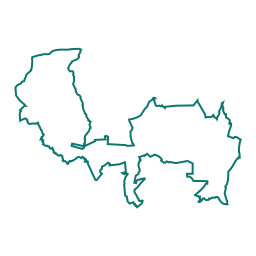 the district of Donato Guerra, México, Mexico
{"feature_id": "50627088B84805364121856", "entity_name": "Donato Guerra", "entity_type": "district", "adm_level": 2, "iso_a3": "MEX", "parent_name": "Mexico", "parent_adm1": "México", "projection": "albers", "projection_center": [-100.178, 19.319], "detail": "fine", "context": "isolated", "style": "outline", "palette": "teal", "viewbox_px": 256, "rotation_deg": 0, "n_neighbors": 0, "source": "geoboundaries", "source_scale": "gbopen_adm2", "svg_char_len": 5817}
<svg xmlns="http://www.w3.org/2000/svg" viewBox="0 0 256 256"><path d="M240.6,139.5L238.0,138.1L237.6,137.5L234.8,136.8L233.4,138.2L228.0,136.1L229.2,130.8L231.1,125.7L231.1,123.5L230.5,123.1L230.2,123.9L229.5,124.0L229.4,122.7L229.9,122.4L229.7,120.0L227.3,118.1L226.1,117.6L225.9,114.1L224.7,114.2L223.2,110.8L223.0,109.1L223.4,108.8L223.3,107.7L222.6,106.1L222.3,104.7L223.0,102.5L221.8,103.3L221.6,105.9L220.4,109.0L219.0,111.7L219.5,112.8L219.0,114.4L217.3,117.2L216.9,119.2L216.0,117.9L214.1,117.1L213.8,115.7L213.4,115.0L211.5,116.8L210.4,117.1L207.4,117.0L205.6,117.4L205.0,114.3L197.7,101.7L197.5,100.3L193.5,105.4L175.8,105.7L164.5,106.9L164.6,107.7L162.3,105.6L162.3,106.3L161.8,106.1L160.5,106.3L159.3,105.6L157.0,106.0L155.7,105.5L154.9,102.3L154.0,100.6L154.2,100.4L153.6,99.4L153.8,99.1L155.3,98.4L154.6,97.8L154.0,97.7L153.2,98.0L152.8,99.1L149.0,102.0L147.3,106.4L144.7,109.1L140.9,115.1L138.2,116.9L133.5,118.7L129.1,119.5L129.4,121.0L132.6,128.0L131.7,130.1L130.5,131.4L130.6,135.9L130.9,138.1L132.3,142.9L133.3,143.9L133.9,145.4L127.5,145.9L125.5,145.1L107.7,144.1L108.1,136.9L107.4,136.3L105.5,135.9L104.9,136.5L105.6,139.4L95.1,139.9L95.3,140.4L95.2,141.1L84.4,146.2L83.7,148.1L83.3,148.5L82.6,148.4L82.2,148.9L71.6,145.9L72.2,143.6L83.8,146.2L84.0,144.1L84.7,144.4L84.5,143.7L85.1,142.3L84.9,141.7L85.1,139.2L85.0,138.6L84.8,138.7L84.9,136.3L89.1,130.8L89.8,128.4L90.7,127.9L89.4,124.5L90.0,123.5L90.5,121.6L89.2,120.7L88.9,120.8L88.7,120.3L88.3,120.2L88.4,119.6L86.8,117.3L86.4,116.4L86.5,115.8L86.1,114.3L85.3,113.9L83.4,109.6L82.7,105.7L82.3,105.2L82.9,104.4L82.8,103.1L80.6,98.7L80.6,97.1L80.2,96.2L79.3,95.2L77.3,94.4L75.6,90.8L75.7,89.0L75.0,88.2L73.9,85.7L73.3,84.8L73.1,83.7L74.0,81.8L73.9,80.8L74.1,80.5L74.0,80.0L74.2,79.3L73.9,78.3L74.2,76.7L73.1,75.0L73.5,73.0L73.4,72.4L72.9,71.6L72.3,71.2L69.8,71.3L68.1,68.5L69.8,64.5L71.4,62.9L71.9,61.5L77.5,59.0L78.8,57.6L79.1,56.6L78.8,56.4L78.6,55.3L80.6,51.5L80.4,50.3L81.0,49.5L78.9,48.8L71.7,49.1L67.7,49.7L62.6,49.6L57.9,49.8L54.5,50.4L52.2,51.4L49.8,53.7L48.2,54.2L43.3,54.2L40.8,55.1L39.2,55.1L32.7,57.0L32.3,57.2L32.0,58.9L32.3,60.5L32.0,65.9L31.6,68.7L31.0,69.5L31.1,70.4L26.6,74.4L24.3,80.6L24.1,80.5L23.7,81.3L21.8,81.8L21.3,82.7L21.3,83.2L21.0,83.5L18.7,84.4L17.0,85.5L15.4,87.6L16.1,95.2L16.5,96.1L19.8,100.5L23.9,104.0L25.5,105.8L24.7,105.7L20.1,110.0L20.8,110.3L20.8,111.2L20.9,111.3L20.3,111.8L19.7,114.4L20.2,120.6L20.9,120.0L21.6,120.0L23.9,118.9L25.7,118.4L26.7,119.3L26.9,120.0L27.3,120.2L27.1,120.6L27.6,121.5L28.0,123.0L29.3,123.9L31.2,123.9L31.7,123.6L33.2,123.4L35.5,123.8L35.8,123.5L37.0,123.3L38.0,122.6L38.3,123.1L38.4,124.8L39.7,126.9L41.0,130.0L41.3,130.0L41.7,130.7L42.7,133.9L43.2,133.9L43.8,134.7L42.4,136.8L41.7,136.9L40.9,138.9L41.1,138.8L41.6,139.7L42.1,139.2L42.3,139.7L42.7,139.9L42.3,140.4L42.4,141.1L42.6,141.3L43.0,141.2L42.8,141.9L43.2,142.1L43.0,142.7L43.7,143.9L43.3,144.3L44.0,144.5L44.2,145.0L45.4,145.8L47.5,145.8L48.1,146.4L49.1,146.5L49.8,148.3L50.3,148.2L51.1,148.7L52.2,148.0L52.2,148.6L53.2,149.3L53.0,150.2L53.9,151.3L54.0,151.8L53.7,152.2L53.9,152.7L54.2,153.0L54.7,152.6L55.4,153.2L55.8,153.2L56.2,154.2L57.2,154.4L57.6,155.1L58.8,155.7L59.9,155.5L60.3,155.0L61.6,155.4L62.5,156.5L62.3,157.6L63.1,159.4L62.6,160.4L63.5,161.3L64.4,161.0L65.3,161.3L66.6,162.2L67.0,163.1L67.4,163.3L67.5,164.7L67.9,163.8L67.9,163.0L68.4,163.0L68.7,162.1L69.5,161.8L69.6,160.9L70.6,160.8L71.6,161.3L76.4,158.4L76.6,157.7L79.0,156.9L81.6,158.1L82.6,156.7L82.8,156.8L83.5,157.7L84.4,158.1L84.6,158.5L84.5,159.1L85.3,158.9L85.7,159.2L85.9,159.6L85.5,160.2L86.1,160.6L85.1,161.7L86.1,161.8L87.5,161.4L87.9,161.6L87.8,163.6L95.4,179.9L96.7,180.1L101.9,173.7L100.6,172.8L100.1,171.0L100.6,169.7L101.6,169.3L102.0,167.5L102.0,166.7L104.4,165.5L108.0,162.7L109.9,163.9L109.5,165.4L119.3,164.3L125.0,162.3L125.9,172.1L122.3,173.0L124.1,174.2L126.5,173.3L127.7,174.0L125.5,177.1L124.2,181.5L124.5,183.8L124.1,184.5L125.2,195.7L126.3,196.5L126.8,196.5L127.6,201.3L128.7,202.6L129.8,203.6L133.4,202.2L134.3,204.4L135.0,204.1L135.6,205.9L136.2,205.6L137.1,207.2L141.2,204.0L142.2,202.6L142.8,199.9L142.2,200.7L141.3,201.0L140.1,201.1L139.1,200.8L138.7,200.2L138.8,199.1L137.7,198.1L136.1,194.6L135.0,193.2L134.4,191.7L134.6,189.8L137.8,186.9L141.2,182.6L144.8,178.8L144.1,178.3L143.8,178.7L142.0,179.0L141.5,178.7L139.7,179.7L139.1,179.6L137.1,180.2L136.3,182.1L135.7,182.6L135.8,183.0L134.3,182.7L135.8,175.6L136.8,175.1L138.5,173.8L138.6,172.6L139.5,171.3L139.7,170.6L139.8,169.7L139.3,168.6L138.4,165.5L138.4,164.7L139.1,161.9L140.3,160.9L140.6,160.1L139.7,159.8L140.1,158.8L139.1,157.1L141.2,156.5L144.2,155.3L144.7,155.8L147.0,153.8L150.4,156.8L154.8,154.6L157.6,155.8L158.8,156.4L160.8,158.1L161.8,159.5L161.1,160.6L164.2,162.8L164.9,162.8L166.6,161.4L167.5,161.7L168.5,162.4L170.0,162.0L175.9,163.1L187.6,161.0L191.7,163.0L192.7,163.6L192.6,173.8L187.0,173.8L187.2,176.6L189.5,176.7L190.6,177.3L191.6,178.0L193.5,180.9L207.3,181.2L207.5,181.6L207.3,183.6L206.5,183.3L205.5,184.1L205.3,184.8L204.1,186.5L200.1,190.7L195.1,195.0L196.9,196.1L200.0,196.5L199.3,197.7L199.8,198.3L200.3,198.5L200.5,199.6L199.8,199.9L199.4,201.0L198.6,201.5L198.7,202.0L199.7,202.0L201.9,200.4L202.9,198.5L204.1,198.3L205.1,199.5L206.1,200.1L206.5,199.9L207.7,200.0L208.5,199.9L209.0,198.5L210.5,198.7L211.6,198.1L212.0,197.6L215.1,197.7L215.5,197.2L216.8,196.9L217.3,197.0L217.5,197.4L218.1,197.4L220.6,201.5L222.8,203.5L223.9,203.9L226.4,204.3L227.3,204.2L227.0,203.8L227.3,201.2L226.4,199.8L226.1,197.9L225.4,196.3L224.7,193.1L225.9,187.7L225.3,186.7L226.9,184.2L227.9,180.3L228.3,175.3L228.3,171.7L229.9,169.6L230.6,169.3L231.2,168.0L232.1,167.0L235.2,161.5L237.6,158.3L238.5,158.4L238.7,157.4L239.8,157.5L239.5,155.1L239.6,153.9L239.0,152.1L238.9,148.4L239.6,143.5L240.6,139.5Z" fill="none" stroke="#0f766e" stroke-width="2"/></svg>